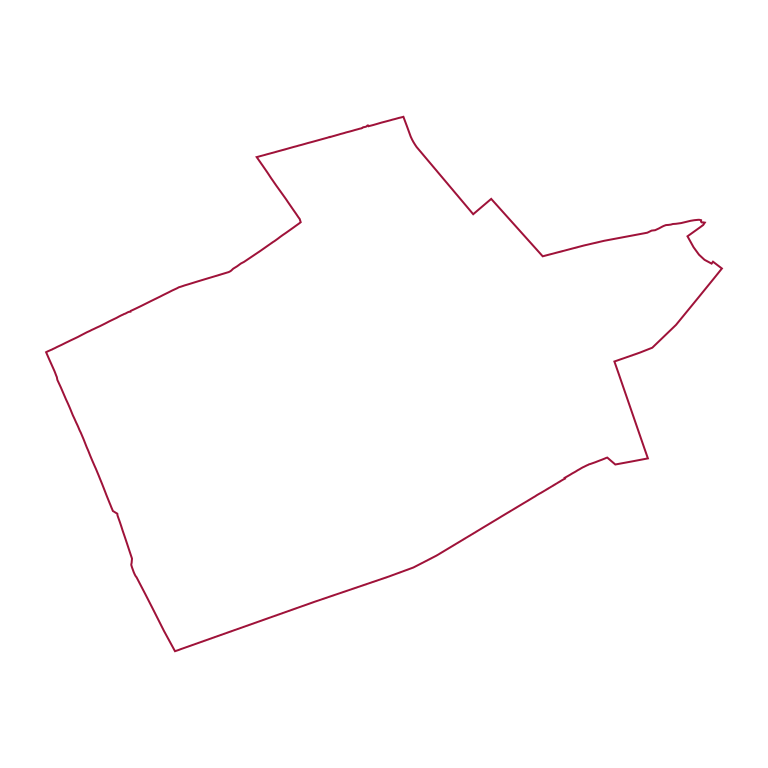 Gostavatu, Olt, Romania (orthographic projection)
{"feature_id": "2599482B62335692656317", "entity_name": "Gostavatu", "entity_type": "district", "adm_level": 2, "iso_a3": "ROU", "parent_name": "Romania", "parent_adm1": "Olt", "projection": "orthographic", "projection_center": [24.506, 44.061], "detail": "fine", "context": "isolated", "style": "outline", "palette": "rose", "viewbox_px": 768, "rotation_deg": 0, "n_neighbors": 0, "source": "geoboundaries", "source_scale": "gbopen_adm2", "svg_char_len": 4164}
<svg xmlns="http://www.w3.org/2000/svg" viewBox="0 0 768 768"><path d="M175.0,651.2L178.6,650.0L180.9,649.1L314.5,601.8L389.2,576.4L391.6,575.5L413.4,567.5L436.3,555.7L437.5,555.0L500.0,517.4L501.1,516.7L532.0,498.2L533.3,497.4L535.2,496.3L536.8,495.2L538.7,494.1L540.1,493.3L540.9,492.9L562.9,479.7L565.0,478.6L564.6,477.9L568.3,475.8L570.2,474.7L572.3,473.4L573.6,472.7L575.4,471.7L576.2,471.2L577.6,470.3L579.8,469.1L580.6,468.6L581.8,467.9L582.7,467.4L584.0,466.8L585.4,466.1L586.8,465.4L588.0,464.9L589.1,464.3L590.3,464.0L592.0,463.4L593.7,462.8L595.4,462.2L596.4,461.8L598.2,461.1L600.0,460.4L601.9,459.7L602.9,459.3L604.4,458.7L605.8,458.1L606.2,457.9L607.3,457.6L610.3,460.2L613.8,463.2L615.3,464.5L631.6,461.5L647.9,458.4L644.3,448.1L618.0,371.8L614.4,361.5L639.9,352.6L652.3,347.7L676.0,324.9L698.1,297.9L714.1,278.2L721.9,268.5L713.0,261.7L711.6,263.6L704.5,259.8L699.0,254.7L693.6,247.3L687.5,236.3L699.1,228.0L703.2,225.0L704.8,222.6L704.3,222.5L703.8,222.5L703.0,222.3L702.3,222.5L701.7,222.4L701.2,221.9L701.0,221.4L701.1,220.9L701.1,220.2L699.7,219.9L699.3,219.8L698.2,219.8L694.3,220.2L690.6,220.8L681.0,223.1L675.9,223.8L672.9,224.0L670.8,224.6L668.5,224.9L665.9,225.1L663.8,225.9L662.3,226.6L659.0,228.4L655.1,230.2L651.6,230.6L647.3,232.7L643.6,233.4L604.1,240.8L583.9,245.5L542.7,256.3L491.2,198.9L473.2,214.2L416.6,147.0L415.0,144.6L413.4,142.0L412.1,139.6L410.7,136.6L407.1,126.7L403.4,116.8L401.2,117.4L399.0,117.9L394.7,119.1L392.6,119.6L390.6,120.2L386.1,121.4L381.5,122.6L376.4,124.1L372.9,125.1L368.6,126.2L368.5,125.8L368.4,125.6L368.2,125.5L367.9,125.4L367.6,125.5L367.2,125.7L366.9,126.1L366.5,126.4L366.2,126.6L365.9,126.7L365.2,126.9L364.3,127.1L363.4,127.2L362.9,127.4L362.7,127.6L362.5,127.9L362.2,128.0L361.9,128.0L361.5,128.3L361.2,128.4L360.6,128.5L359.7,128.7L358.0,129.2L355.0,130.0L353.0,130.6L350.5,131.3L348.6,131.8L346.2,132.4L344.3,133.0L342.5,133.5L340.5,134.0L338.6,134.6L336.8,135.1L334.4,135.8L331.9,136.5L330.0,137.1L329.9,136.9L328.8,137.2L328.1,137.5L318.7,140.1L315.1,141.1L311.1,142.2L308.0,143.0L304.9,143.9L301.7,144.8L298.6,145.6L296.6,146.2L294.2,146.8L291.7,147.5L289.2,148.2L287.1,148.8L256.7,157.1L260.6,162.7L264.5,168.3L267.8,173.1L270.8,177.7L276.2,185.5L280.8,191.9L285.6,198.6L286.5,199.9L287.9,202.0L289.9,204.9L292.3,208.4L293.9,210.7L295.8,213.4L298.3,217.1L299.7,219.0L300.7,222.2L300.2,222.6L299.6,223.1L297.8,224.4L295.7,225.9L293.5,227.5L285.6,233.1L282.8,235.0L280.3,236.8L277.7,238.8L274.5,241.1L272.9,242.1L260.5,250.8L244.0,261.9L240.9,263.5L237.1,266.3L233.2,268.7L231.1,270.7L229.7,271.6L228.6,272.1L201.7,280.2L196.1,281.9L188.7,284.2L184.3,285.5L183.5,285.8L180.8,286.7L178.8,287.3L177.0,288.3L172.2,290.5L168.5,292.4L163.2,295.0L160.1,296.6L151.3,300.9L149.5,301.8L145.5,303.8L141.3,305.9L135.7,308.6L132.5,310.1L131.2,310.7L130.7,310.9L130.5,311.1L130.4,311.3L130.4,311.7L130.0,311.7L129.4,311.8L128.7,311.9L128.0,312.2L127.0,312.7L126.4,313.0L125.8,313.4L125.1,313.7L124.1,314.0L123.2,314.5L121.4,315.3L119.4,316.3L116.5,317.9L112.3,319.9L109.2,321.4L105.2,323.5L102.6,324.8L99.8,326.2L96.5,327.7L93.8,329.0L91.8,329.9L89.9,330.9L87.0,332.2L84.1,333.7L81.6,335.0L77.8,337.0L74.9,338.4L73.4,339.1L71.9,339.8L69.6,340.9L67.6,341.9L66.7,342.3L61.5,344.9L57.0,347.0L54.7,348.2L52.5,349.2L52.3,349.4L50.8,350.0L47.0,351.7L46.9,351.8L46.1,352.2L48.1,356.8L49.1,359.1L54.3,370.7L55.0,372.4L56.2,375.6L56.8,377.0L57.0,377.9L57.1,378.6L57.4,380.0L60.8,387.3L66.0,399.4L68.0,403.7L70.0,408.3L72.8,415.2L74.5,418.8L76.0,422.2L77.3,424.9L78.2,426.9L78.9,428.6L79.4,429.8L79.7,430.5L80.8,432.7L83.6,439.3L86.7,447.2L88.2,450.6L90.3,455.9L92.4,460.9L94.8,466.4L95.8,468.6L97.8,473.4L98.8,475.8L100.2,479.3L100.9,481.0L102.0,483.7L103.8,488.3L105.2,491.9L106.5,495.3L109.6,503.0L110.4,504.9L111.3,507.2L112.9,511.0L117.3,513.7L117.4,514.5L117.5,515.4L118.4,518.0L119.9,522.2L121.5,527.0L122.6,530.5L125.1,537.8L127.3,544.4L129.6,551.4L131.8,558.0L132.0,558.7L131.6,563.0L131.3,564.2L131.3,565.0L132.0,567.4L132.8,569.6L133.7,572.1L134.8,574.6L135.8,576.4L136.5,577.2L145.6,594.7L152.5,608.2L157.4,617.9L164.0,631.0L174.5,650.3L175.0,651.2Z" fill="none" stroke="#9f1239" stroke-width="2"/></svg>